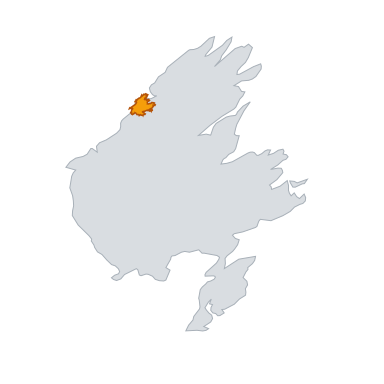 Midleton Lea-7, Cork, Ireland shown in context, rotated 154°
{"feature_id": "5873133B11513938910004", "entity_name": "Midleton Lea-7", "entity_type": "district", "adm_level": 2, "iso_a3": "IRL", "parent_name": "Ireland", "parent_adm1": "Cork", "projection": "equal_earth", "projection_center": [-8.098, 51.922], "detail": "fine", "context": "in_parent", "style": "filled", "palette": "amber", "viewbox_px": 384, "rotation_deg": 154, "n_neighbors": 0, "source": "geoboundaries", "source_scale": "gbopen_adm2", "svg_char_len": 8198}
<svg xmlns="http://www.w3.org/2000/svg" viewBox="0 0 384 384"><g transform="rotate(154 192 192)"><path d="M244.9,79.4L236.5,83.6L235.2,85.2L232.9,91.6L232.6,93.5L227.4,100.6L224.4,102.1L220.0,103.3L217.5,104.4L214.3,103.8L210.3,103.9L208.3,105.2L208.4,106.2L209.6,107.3L217.1,110.6L216.6,112.0L214.5,113.6L201.2,117.4L197.3,119.8L195.9,121.3L197.3,123.9L207.9,131.7L209.8,132.6L211.3,137.1L220.7,139.0L224.6,141.8L227.9,142.5L235.1,142.3L238.0,143.3L239.6,142.5L240.6,141.0L248.6,135.5L246.0,131.4L254.1,124.3L256.4,124.4L260.2,126.6L263.3,129.6L264.4,133.6L267.4,137.2L269.3,138.4L274.5,139.1L275.7,140.5L274.8,145.8L275.6,147.5L288.8,147.4L294.1,145.1L298.6,145.5L300.9,147.8L302.0,150.2L298.0,151.1L293.9,150.7L291.9,152.2L291.8,155.3L293.3,159.2L296.1,162.0L298.4,168.3L300.3,175.3L303.2,179.6L303.8,184.8L303.4,187.4L304.0,192.1L302.8,193.7L303.8,198.1L308.8,212.2L309.9,223.3L307.6,227.4L304.5,231.4L302.5,236.1L300.9,241.1L300.0,249.3L293.2,258.9L290.3,261.3L286.9,262.7L294.5,269.5L288.4,272.5L281.7,273.4L274.3,271.7L269.7,271.9L263.9,275.4L262.6,274.8L259.7,269.3L257.8,275.0L253.5,276.8L246.2,276.4L234.0,277.9L229.4,279.6L227.4,282.1L226.0,285.1L224.1,286.8L221.9,287.7L212.5,289.9L210.7,290.8L206.3,295.5L200.6,298.3L195.8,299.1L191.6,296.3L189.9,294.7L187.9,293.8L181.5,293.9L183.5,294.8L184.8,296.8L185.5,300.5L184.7,304.2L181.5,306.1L177.7,306.4L171.7,310.2L163.7,311.3L159.4,314.8L133.0,320.8L131.5,320.8L127.9,319.3L124.0,318.7L120.1,319.1L109.0,322.5L103.6,321.8L110.5,313.5L119.7,309.3L120.7,308.2L117.7,307.6L100.3,310.5L94.2,313.0L88.2,313.7L91.0,309.9L98.9,304.8L105.6,301.4L108.6,298.4L116.8,294.9L90.3,302.0L83.4,301.2L81.8,299.2L76.4,300.1L74.4,295.3L82.5,288.1L87.2,285.0L92.8,283.3L98.1,280.9L100.1,277.9L97.6,277.0L81.7,277.7L74.1,277.1L74.5,274.8L76.0,272.2L83.9,267.8L88.2,267.1L92.0,267.5L98.7,270.1L107.7,269.2L104.0,266.4L103.4,260.7L100.6,258.8L104.2,256.1L108.4,254.5L115.5,249.0L118.0,248.2L131.8,246.9L146.6,244.0L161.4,240.0L153.9,237.8L150.3,234.9L144.4,240.8L140.2,243.1L128.4,244.3L124.6,243.6L119.4,241.8L117.7,242.5L116.2,243.9L108.4,246.8L100.1,247.5L109.7,242.2L122.0,233.2L124.7,230.3L128.6,225.4L127.4,223.2L124.9,221.9L133.8,211.8L136.9,209.9L142.5,209.7L146.6,208.0L148.4,208.0L150.1,207.4L153.7,204.4L148.1,202.5L142.4,201.5L124.6,202.5L122.3,202.3L120.1,201.4L118.7,200.1L117.7,196.6L116.4,195.9L112.4,195.9L108.4,196.9L105.7,196.8L103.0,195.3L107.3,191.8L101.8,191.0L96.1,191.7L91.5,190.6L91.4,188.4L93.5,186.2L90.8,184.1L90.2,181.5L93.2,180.2L96.4,180.6L103.0,178.7L111.5,177.8L104.3,175.8L101.4,174.2L101.3,171.7L101.9,169.6L110.3,165.9L119.3,164.3L118.6,162.0L119.3,159.4L110.3,158.6L101.4,160.5L102.4,155.5L104.6,151.1L105.0,148.2L104.6,145.1L100.5,146.4L100.0,142.0L98.3,139.0L92.1,141.0L92.3,137.1L94.1,134.3L97.4,133.1L100.5,133.6L106.5,133.5L112.2,131.5L120.5,130.9L133.6,131.6L142.6,137.5L144.9,136.4L148.6,132.7L150.3,132.3L163.9,133.9L172.3,136.0L174.6,135.4L173.4,131.2L170.5,128.4L174.1,124.6L178.6,122.1L181.5,120.8L188.4,119.3L191.4,117.8L193.4,113.0L196.5,109.0L179.4,111.1L163.1,106.3L165.7,103.0L169.1,101.1L175.1,99.6L175.6,97.9L178.6,96.5L183.6,92.7L181.8,87.7L182.8,84.1L186.4,81.7L187.5,78.3L189.1,75.8L196.3,75.0L203.2,72.6L214.0,72.3L216.7,73.3L216.1,69.2L221.1,68.7L223.1,69.5L224.0,72.4L226.3,74.2L227.0,77.4L225.5,79.9L222.9,81.8L225.3,83.8L221.6,87.3L225.6,85.8L231.1,82.3L230.8,79.5L229.9,75.9L228.3,72.7L229.0,69.2L232.1,67.0L240.4,65.9L237.0,61.9L240.0,61.5L243.3,62.4L248.1,65.5L258.4,69.9L253.4,73.8L247.3,76.5L244.9,79.4ZM99.6,157.2L99.3,159.1L95.4,156.7L93.5,154.1L82.7,152.9L87.3,150.3L89.4,151.0L97.1,151.1L99.2,152.2L99.6,157.2Z" fill="#d9dde1" stroke="#a8b0b8" stroke-width="1"/><path d="M192.5,295.3L192.3,295.5L192.3,295.8L192.5,296.1L193.3,296.0L193.7,296.0L194.2,295.9L194.4,295.8L194.6,295.8L194.4,295.8L194.2,295.9L194.2,296.0L193.6,296.2L193.2,296.5L193.1,296.9L193.3,296.9L193.3,297.0L192.9,297.0L192.6,297.0L192.3,297.0L192.3,296.9L192.2,297.0L191.6,297.1L191.2,297.4L190.7,297.4L190.6,297.7L190.9,297.8L191.1,298.0L191.0,298.4L190.9,298.3L190.6,298.4L190.1,298.3L190.1,298.2L190.4,298.1L190.2,298.0L189.9,298.2L190.1,298.2L190.1,298.5L189.7,298.7L189.4,299.0L189.6,299.4L190.0,299.4L190.1,299.5L190.2,299.9L190.1,300.0L190.0,300.4L189.8,300.5L190.1,300.5L190.4,300.5L190.5,300.6L190.9,300.4L191.2,300.5L191.2,300.4L191.6,300.4L191.8,300.4L192.1,300.5L192.4,300.6L192.6,300.4L193.0,300.4L193.0,300.5L193.1,300.4L193.8,300.4L194.0,300.3L194.0,300.6L194.1,300.8L194.3,300.9L194.1,301.0L194.3,301.0L194.5,301.0L194.6,300.9L194.6,301.0L194.8,300.9L194.8,301.0L194.9,300.9L195.2,300.8L195.2,300.6L195.6,300.4L195.8,300.2L196.3,299.9L196.3,299.7L196.6,299.6L197.3,299.5L197.6,299.4L198.0,299.5L198.3,299.5L198.6,299.4L198.8,299.4L199.0,299.4L199.0,299.5L199.3,299.4L199.9,299.3L200.0,299.4L200.4,299.4L200.6,299.2L200.9,299.1L201.1,298.8L201.3,298.9L201.4,299.0L201.5,298.9L201.6,299.0L201.6,298.9L201.7,298.7L201.9,298.7L202.1,298.7L202.3,298.7L202.5,298.7L202.8,298.5L202.9,298.4L203.1,298.5L203.3,298.3L203.6,298.3L203.7,298.1L203.2,297.9L202.6,297.8L202.5,297.6L202.6,297.4L202.5,297.2L202.6,296.8L203.0,296.6L203.1,296.4L203.5,296.1L203.9,295.9L204.8,295.5L205.7,295.3L206.9,295.2L207.1,295.2L207.3,295.1L207.6,295.0L207.8,295.1L208.1,295.0L208.5,294.9L208.8,294.9L209.0,294.9L209.3,294.9L209.4,294.7L209.6,294.7L209.8,294.7L210.0,294.7L210.4,294.7L210.5,294.7L210.8,294.5L211.0,294.5L211.0,294.4L210.8,294.1L210.7,294.0L210.4,293.9L210.2,293.8L209.9,293.7L209.0,293.6L208.9,293.5L208.8,293.2L208.8,292.8L209.6,292.5L209.8,292.4L210.0,292.4L210.3,292.1L211.0,291.1L211.7,290.6L212.3,290.4L212.3,290.2L212.3,289.7L212.1,289.6L212.3,289.5L212.2,288.6L212.0,288.2L211.8,287.9L211.6,287.7L211.3,288.0L211.0,288.0L210.6,288.0L210.4,288.2L210.1,288.0L210.1,287.9L209.9,288.0L209.8,287.9L209.7,288.0L209.2,288.0L208.6,288.1L208.3,287.9L208.2,287.9L208.2,288.0L208.1,287.9L208.0,287.6L207.8,287.3L207.8,286.9L207.7,286.6L207.5,286.3L207.5,286.1L207.6,285.8L207.4,285.7L207.1,285.4L206.0,285.0L206.0,284.8L205.8,284.7L206.0,283.8L205.7,283.8L205.2,284.1L204.8,283.9L204.4,284.0L204.4,283.8L204.3,283.6L204.0,283.4L203.7,283.3L203.6,283.0L203.3,282.8L203.0,282.8L202.5,282.5L202.5,282.3L202.5,282.2L202.4,282.3L202.2,282.7L201.4,282.7L200.5,282.7L200.4,282.7L200.3,282.4L199.9,282.6L200.0,282.7L199.9,282.9L200.1,283.1L200.2,283.3L200.4,283.5L200.4,283.9L200.4,284.0L200.7,284.4L200.8,284.5L201.0,284.8L201.0,285.0L201.3,285.4L201.4,285.7L201.3,285.8L201.1,285.8L200.7,285.8L200.3,285.5L200.1,285.6L199.9,285.6L199.8,285.4L199.7,285.3L198.6,285.4L198.3,285.2L197.9,285.3L197.7,285.3L197.3,285.2L197.0,285.2L196.7,285.1L196.5,284.9L196.4,285.0L196.3,284.7L196.1,284.6L195.4,284.7L195.3,284.4L195.1,284.3L195.0,283.9L194.9,283.9L194.9,283.7L194.9,283.4L194.6,283.3L194.1,283.5L194.0,283.3L193.7,283.3L193.7,283.1L193.6,282.8L193.2,282.6L193.2,282.4L193.0,282.6L193.0,282.8L192.5,282.9L192.3,282.8L191.9,282.7L191.8,282.8L191.7,283.1L191.8,283.3L191.9,283.5L191.9,283.9L192.1,284.0L192.5,284.3L193.4,284.4L194.1,284.4L194.1,284.5L194.6,284.5L194.7,284.8L194.2,284.8L193.2,284.7L193.3,285.0L193.1,285.0L192.8,285.0L192.6,285.0L192.3,285.1L192.1,285.1L191.5,285.0L190.4,285.2L190.3,285.3L190.2,285.6L189.7,285.9L189.0,286.0L189.0,286.4L188.9,286.5L189.1,286.7L189.1,286.8L189.0,287.0L188.9,286.9L188.6,286.8L188.3,286.8L187.6,286.4L187.3,286.1L187.1,286.3L187.0,286.6L187.1,287.1L186.9,287.1L187.2,287.6L187.2,287.9L187.5,288.6L187.8,289.2L187.8,289.3L187.7,289.3L188.0,289.5L188.3,289.7L188.6,289.7L188.7,289.8L188.8,290.0L189.0,289.9L189.4,290.0L189.5,289.7L189.9,289.6L190.0,289.6L190.5,289.6L190.8,289.8L191.0,290.0L191.4,290.2L191.7,290.1L191.9,290.1L192.2,290.1L192.5,290.2L192.5,290.3L192.9,290.5L193.1,290.8L193.4,290.8L193.3,291.0L193.0,291.3L193.0,291.6L192.9,291.8L192.9,292.0L193.0,292.0L192.9,292.4L192.5,292.6L192.1,292.8L191.8,292.8L191.6,292.9L191.4,292.7L191.2,292.7L190.7,292.7L190.4,292.8L190.5,292.9L190.4,293.3L190.2,293.3L190.3,293.5L190.5,293.5L190.4,293.8L190.3,294.1L190.6,294.2L190.8,294.5L191.5,294.5L192.1,294.4L192.8,294.4L192.8,294.9L192.7,295.1L192.5,295.3ZM211.8,294.3L211.6,294.3L211.6,294.5L211.8,294.3L211.8,294.3Z" fill="#f59e0b" stroke="#b45309" stroke-width="1.5"/></g></svg>